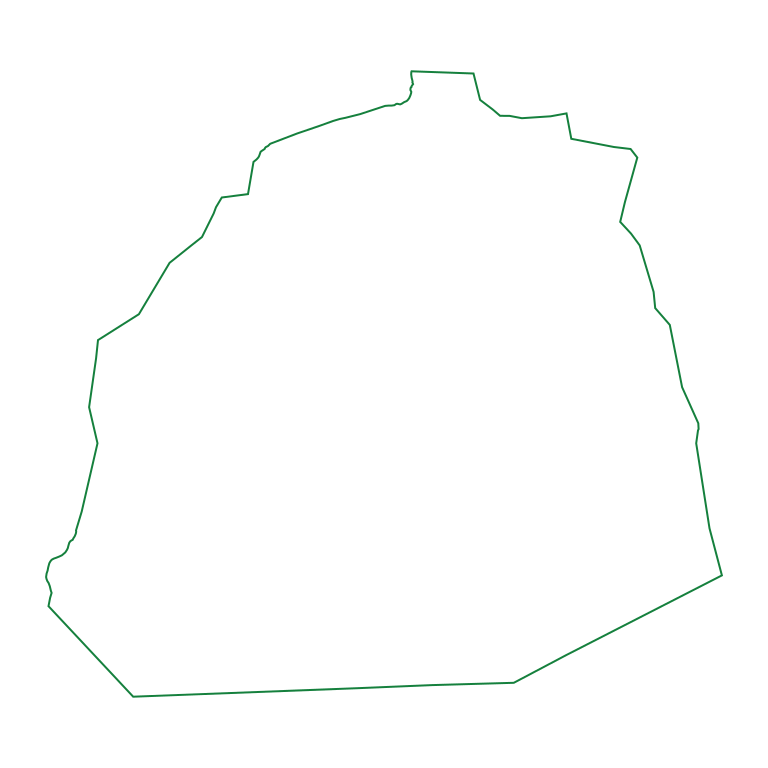 outline of Bayanlig, Bayanhongor, Mongolia
{"feature_id": "93677404B79696496210167", "entity_name": "Bayanlig", "entity_type": "district", "adm_level": 2, "iso_a3": "MNG", "parent_name": "Mongolia", "parent_adm1": "Bayanhongor", "projection": "albers", "projection_center": [100.732, 44.386], "detail": "fine", "context": "isolated", "style": "outline", "palette": "green", "viewbox_px": 768, "rotation_deg": 0, "n_neighbors": 0, "source": "geoboundaries", "source_scale": "gbopen_adm2", "svg_char_len": 1637}
<svg xmlns="http://www.w3.org/2000/svg" viewBox="0 0 768 768"><path d="M48.5,606.2L133.2,696.7L357.4,688.2L432.1,685.1L513.8,682.8L566.2,655.1L721.9,575.4L709.5,528.3L696.2,443.3L698.0,430.4L698.6,429.1L698.3,423.3L682.1,387.2L669.8,324.9L655.2,308.1L653.6,291.9L639.7,245.4L631.1,233.7L620.2,221.9L624.9,202.2L637.3,157.6L630.6,149.0L613.9,147.0L571.3,138.8L566.5,113.4L550.6,116.3L521.9,118.2L509.7,115.9L500.1,115.8L492.6,109.4L480.1,99.9L473.5,73.5L442.6,72.4L411.6,71.3L411.3,72.1L411.2,74.5L411.7,78.0L412.3,80.2L412.6,81.9L412.4,82.5L412.8,83.4L413.1,84.1L412.1,85.4L411.6,86.2L411.4,87.2L410.8,87.5L410.5,88.5L410.4,90.0L411.3,91.8L411.1,93.2L410.4,95.4L409.2,98.1L407.8,100.0L406.6,101.1L404.2,102.1L401.6,103.8L400.1,104.4L397.4,103.8L396.3,103.9L394.4,105.2L391.6,105.6L388.6,105.6L385.1,105.9L360.2,114.1L345.5,117.8L339.7,119.0L333.0,121.0L319.4,125.9L297.1,133.5L272.0,143.1L270.2,143.8L268.0,146.0L265.8,147.1L265.2,147.7L264.6,149.0L261.6,151.0L260.6,151.8L260.1,153.2L259.6,154.7L259.1,156.0L259.0,156.3L258.3,157.5L256.6,159.4L253.5,161.9L248.0,194.1L221.8,197.5L216.0,207.2L213.7,213.4L202.0,237.0L191.5,245.3L169.6,262.8L138.9,314.2L98.0,340.1L96.1,358.2L89.1,407.2L97.5,443.3L81.7,511.6L76.0,530.5L76.2,531.7L75.8,533.7L74.7,536.3L73.4,538.3L72.6,539.9L71.5,540.4L70.3,541.3L69.3,542.7L68.4,545.7L67.8,548.1L67.0,549.8L65.3,552.4L61.9,555.3L59.1,556.6L56.1,557.8L53.8,558.6L52.1,559.5L51.3,560.2L50.3,561.5L49.3,563.3L48.2,567.4L47.6,570.6L46.6,573.5L46.1,577.0L46.5,578.9L47.3,581.0L48.6,583.0L49.8,586.2L50.9,590.8L51.6,592.9L51.0,594.9L50.1,597.9L48.5,606.2Z" fill="none" stroke="#15803d" stroke-width="2"/></svg>